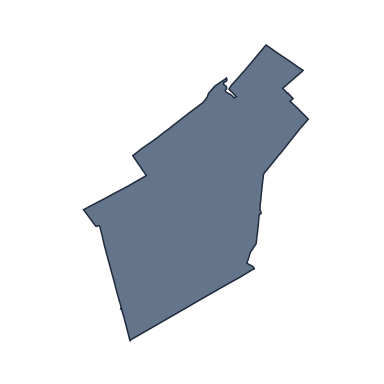 the district of Armasesti, Ialomita, Romania, rotated 188°
{"feature_id": "2599482B46256355361374", "entity_name": "Armasesti", "entity_type": "district", "adm_level": 2, "iso_a3": "ROU", "parent_name": "Romania", "parent_adm1": "Ialomita", "projection": "orthographic", "projection_center": [26.604, 44.779], "detail": "fine", "context": "isolated", "style": "filled", "palette": "slate", "viewbox_px": 384, "rotation_deg": 188, "n_neighbors": 0, "source": "geoboundaries", "source_scale": "gbopen_adm2", "svg_char_len": 3681}
<svg xmlns="http://www.w3.org/2000/svg" viewBox="0 0 384 384"><g transform="rotate(188 192 192)"><path d="M255.7,219.8L255.5,219.5L255.1,219.0L247.2,210.3L246.9,210.0L239.5,201.9L239.8,201.7L241.7,200.2L245.1,197.6L256.1,189.0L260.1,186.1L264.3,183.1L268.0,180.4L269.8,179.1L274.4,175.7L276.1,174.4L276.5,174.1L277.8,173.2L280.8,171.0L283.4,169.2L287.8,166.0L294.3,161.3L295.1,160.7L297.0,159.4L296.4,158.8L294.3,156.7L292.9,155.3L282.7,144.9L282.4,144.8L282.2,144.7L281.7,144.7L281.4,144.8L281.1,145.0L280.9,145.0L280.5,145.4L280.1,145.6L279.6,145.7L279.4,145.7L279.0,145.6L278.8,145.4L278.6,145.2L278.4,144.9L278.3,144.6L278.0,143.8L277.7,142.9L277.4,142.4L277.1,141.6L276.9,141.1L276.5,140.1L276.2,139.4L275.6,138.1L272.8,130.7L271.6,127.6L271.5,127.2L269.4,122.3L265.3,112.6L263.6,108.7L262.8,106.7L260.8,102.1L259.9,100.0L258.1,95.9L257.3,93.9L256.8,92.9L256.8,92.7L256.4,91.7L256.0,90.9L255.8,90.5L255.4,89.6L255.0,88.4L254.6,87.4L254.2,86.5L254.0,86.0L253.5,84.7L252.7,83.0L252.3,82.0L252.0,81.2L251.5,80.3L250.8,78.7L250.1,77.0L249.2,75.0L248.3,72.9L247.7,71.7L246.5,69.0L246.2,68.4L246.2,68.0L246.3,66.4L245.7,66.8L244.8,64.7L244.2,63.4L243.7,62.1L242.7,60.0L242.4,59.3L242.0,58.5L241.7,57.8L241.1,56.3L240.2,54.1L239.4,52.4L238.8,50.9L238.5,50.3L237.8,48.4L237.3,47.3L236.9,46.3L236.4,45.2L236.2,44.5L235.9,43.8L235.3,42.4L235.0,41.6L234.7,40.9L234.2,39.8L234.0,39.3L233.7,38.4L233.4,37.7L233.2,37.3L233.1,37.1L233.0,36.8L232.8,36.3L232.7,36.1L232.4,36.1L232.1,36.7L231.9,37.1L231.7,37.4L230.3,38.5L229.0,39.5L191.4,68.8L170.1,85.5L161.2,92.4L142.6,106.8L134.1,113.1L120.7,124.0L119.7,124.4L119.6,124.5L119.7,125.1L120.2,125.5L121.4,126.6L122.3,127.0L127.7,129.1L127.0,132.9L126.5,136.1L126.2,138.3L125.8,140.2L125.5,141.1L124.4,143.1L123.2,145.9L122.5,147.3L121.8,148.5L121.3,149.8L121.7,167.6L122.2,176.4L122.2,178.8L120.5,180.5L121.4,182.4L122.4,185.0L122.5,186.7L122.8,189.1L122.7,191.1L123.0,197.3L123.1,199.9L123.2,202.9L123.3,206.0L123.4,208.7L123.4,210.8L123.5,211.9L123.5,212.6L123.5,218.1L123.6,219.8L123.1,220.7L122.0,222.5L116.6,231.4L113.7,236.4L110.8,241.2L110.3,241.7L96.8,264.7L93.2,270.9L92.0,272.5L87.0,280.3L88.6,281.6L90.2,282.9L90.4,283.0L94.7,286.2L94.8,286.3L95.4,286.7L99.1,289.6L103.2,292.5L103.3,292.5L107.3,295.4L107.5,295.5L104.9,298.6L110.8,303.3L111.1,303.0L116.6,307.3L104.1,321.7L100.0,326.4L98.9,327.9L102.6,329.6L104.5,330.5L111.6,334.2L125.4,340.9L139.2,347.9L156.3,320.4L166.2,305.5L168.1,302.8L169.7,298.9L165.7,296.0L162.2,293.2L161.3,292.5L163.6,291.1L164.1,291.6L164.7,292.0L165.8,293.0L167.1,293.7L168.1,294.1L169.6,294.6L170.7,295.0L171.7,295.5L172.3,295.8L172.6,296.1L172.8,296.4L173.0,296.9L173.2,297.3L173.1,297.6L172.2,299.0L172.1,299.8L172.3,300.5L172.6,301.0L173.1,301.5L173.5,301.9L174.3,302.2L174.8,302.4L175.3,302.8L175.5,303.0L175.7,303.4L175.8,303.8L175.8,304.2L175.8,304.6L175.7,304.8L175.1,305.2L174.7,305.6L174.1,306.1L173.7,306.3L173.4,306.6L173.1,307.2L173.0,308.1L173.1,308.6L173.4,309.1L173.7,309.7L174.9,308.4L184.1,300.1L185.8,297.4L189.3,292.1L189.5,291.0L189.9,289.7L190.1,288.5L190.2,288.1L190.3,287.7L191.0,286.6L191.6,285.4L192.1,284.4L192.5,283.8L192.8,283.2L193.0,282.8L193.3,282.5L193.5,282.2L193.8,281.8L194.2,281.4L194.4,281.2L198.1,277.6L205.8,270.0L213.3,262.2L219.2,256.1L220.9,254.3L222.7,252.4L226.5,248.6L227.5,247.6L227.9,247.2L229.3,245.8L232.0,243.0L233.4,241.5L235.6,239.4L237.7,237.3L240.5,234.7L241.3,233.9L242.2,233.2L244.6,230.9L247.1,228.6L247.3,228.5L247.7,228.1L248.1,227.7L248.3,227.5L248.8,227.0L249.3,226.4L249.6,226.1L250.0,225.8L250.3,225.4L250.9,224.7L251.8,223.8L253.1,222.5L255.0,220.4L255.4,220.1L255.7,219.8Z" fill="#64748b" stroke="#1e293b" stroke-width="1.5"/></g></svg>